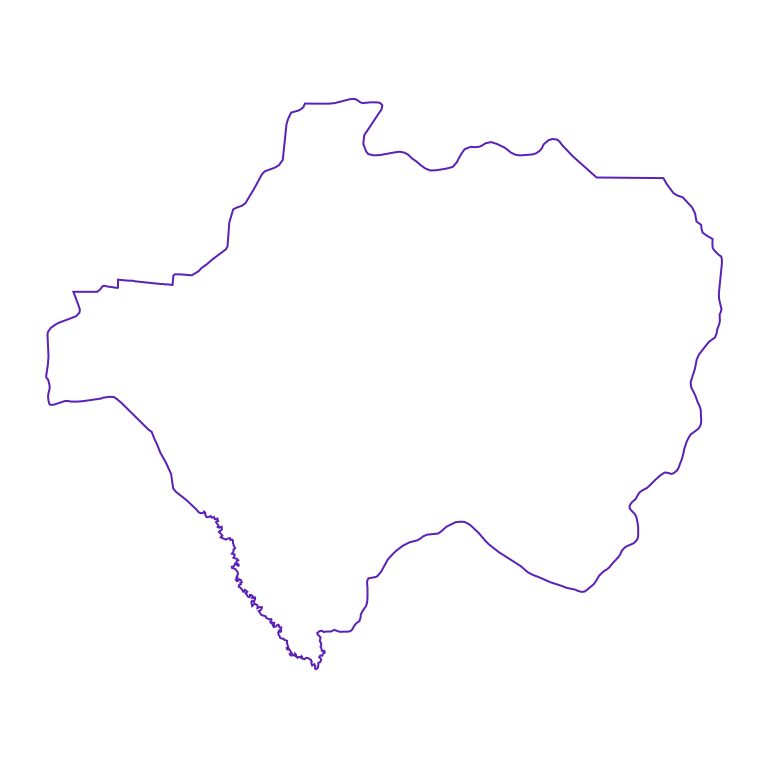 outline of Ponhea Kraek, Kâmpóng Cham, Cambodia
{"feature_id": "14789045B85253678396589", "entity_name": "Ponhea Kraek", "entity_type": "district", "adm_level": 2, "iso_a3": "KHM", "parent_name": "Cambodia", "parent_adm1": "Kâmpóng Cham", "projection": "albers", "projection_center": [105.837, 11.75], "detail": "fine", "context": "isolated", "style": "outline", "palette": "violet", "viewbox_px": 768, "rotation_deg": 0, "n_neighbors": 0, "source": "geoboundaries", "source_scale": "gbopen_adm2", "svg_char_len": 6095}
<svg xmlns="http://www.w3.org/2000/svg" viewBox="0 0 768 768"><path d="M317.1,668.6L318.0,667.4L318.3,665.7L318.3,662.8L320.0,662.2L321.2,660.1L320.8,658.6L319.2,657.2L320.3,655.5L322.3,655.7L323.5,652.8L324.5,652.9L324.7,651.8L324.3,650.8L321.9,650.8L321.1,647.5L320.5,646.7L321.3,645.3L321.1,643.7L320.6,642.2L319.8,641.2L320.5,637.3L317.4,634.1L317.3,632.9L319.7,631.1L321.9,630.7L323.8,632.1L325.4,631.6L330.9,631.5L334.3,629.9L339.6,631.8L348.7,631.6L351.0,630.7L352.0,629.7L355.1,624.5L357.3,622.4L359.4,621.1L360.5,617.8L360.8,614.5L362.6,611.0L366.1,605.9L367.1,602.5L367.5,597.5L367.5,587.8L367.1,584.0L367.2,580.8L368.5,578.3L375.9,577.0L377.5,576.0L381.3,571.4L387.8,559.5L393.0,553.8L396.5,550.5L402.9,545.7L409.6,542.3L417.2,540.4L421.0,538.2L422.8,536.5L426.9,534.7L438.3,533.5L441.1,531.5L446.3,526.8L455.5,522.2L460.8,521.7L464.3,521.9L468.0,523.6L470.8,525.5L478.6,532.9L485.2,540.6L488.9,544.4L498.9,552.2L520.7,566.1L527.7,572.2L532.8,574.9L539.2,577.3L550.5,582.3L561.7,585.9L566.4,587.8L575.1,589.6L578.2,591.0L581.6,591.9L584.4,591.6L586.7,590.1L593.7,584.2L595.9,581.3L599.1,575.7L603.8,571.2L606.9,569.4L609.5,567.2L611.4,564.7L618.6,556.8L620.3,554.2L621.9,550.6L624.2,548.1L626.2,546.5L633.8,543.2L637.0,539.9L637.7,538.1L638.2,535.3L638.2,527.6L637.5,522.3L636.3,516.8L634.5,513.6L632.1,511.3L629.7,508.4L629.6,506.2L630.6,504.0L632.4,501.8L635.7,499.0L638.1,494.5L639.6,492.4L642.6,490.2L646.5,488.3L649.6,485.6L655.1,480.0L660.7,475.1L664.2,472.8L665.5,472.5L669.2,473.2L670.6,473.8L672.2,473.8L674.3,472.7L676.9,470.6L678.4,468.1L682.1,458.3L683.4,453.6L684.0,449.8L686.9,441.0L689.3,436.5L690.9,434.3L698.0,429.1L699.6,427.1L700.8,424.3L701.2,420.7L700.7,409.6L699.4,405.6L698.0,402.9L695.2,395.3L691.2,387.3L690.7,383.6L690.8,381.6L694.9,368.9L696.7,359.6L698.9,354.6L708.9,341.8L715.0,337.5L716.7,333.1L717.1,329.8L719.3,323.9L719.9,320.4L719.6,314.6L720.8,312.0L721.5,309.2L719.5,300.9L719.0,297.8L718.9,292.9L721.9,263.5L721.9,259.7L721.2,256.5L718.3,254.5L714.1,250.2L712.7,247.9L712.4,244.1L712.6,239.0L706.7,235.6L702.6,232.6L701.5,228.8L701.1,224.8L696.5,221.5L695.0,213.2L692.1,207.4L682.7,197.3L676.9,195.3L673.4,193.0L666.6,183.9L663.4,178.1L596.6,177.5L572.5,156.0L562.5,145.5L559.6,141.6L557.2,139.6L552.4,139.0L548.5,140.2L543.6,144.4L541.8,148.3L539.4,151.1L535.7,153.5L532.1,154.5L520.2,155.4L515.6,154.8L511.1,152.7L504.8,147.7L496.6,143.8L491.1,142.1L485.7,143.2L481.4,145.9L479.0,146.8L474.8,147.2L470.7,146.8L464.7,149.2L461.8,153.1L458.7,158.5L456.9,162.2L452.6,167.0L445.8,168.7L436.7,170.2L430.6,170.5L425.3,168.5L420.8,165.2L416.2,161.3L411.9,158.3L408.3,154.8L404.6,152.7L399.8,151.7L393.9,152.5L380.4,155.0L374.0,155.4L368.3,154.1L366.1,151.4L363.3,143.9L364.2,135.3L381.7,109.0L382.3,105.1L379.9,102.8L376.7,102.4L370.8,102.3L362.4,103.1L360.0,102.1L356.5,99.6L354.0,98.9L350.0,99.2L334.7,103.1L328.6,103.7L304.9,103.6L303.3,107.2L300.9,109.2L298.3,110.6L291.1,112.6L288.3,118.4L286.5,124.1L282.8,159.7L279.1,165.1L274.7,167.7L264.8,171.3L262.0,174.2L254.3,188.4L245.4,203.2L241.9,205.7L235.8,208.0L233.1,209.5L229.3,222.6L227.5,246.5L225.8,249.4L212.0,259.7L206.7,264.4L201.4,268.1L198.7,271.1L191.8,275.3L180.8,274.4L174.9,274.3L173.4,275.5L172.5,285.0L167.4,284.3L165.1,284.5L163.9,284.1L160.8,284.0L135.0,281.3L132.5,280.7L128.8,280.7L118.0,279.7L118.0,287.7L117.0,287.9L107.6,286.5L104.0,285.7L102.1,286.7L100.4,289.2L97.3,291.8L73.4,291.8L78.5,305.3L79.9,309.7L79.4,312.7L76.2,316.2L58.8,322.8L55.6,324.5L50.9,327.8L48.0,331.8L47.5,334.8L48.5,356.4L47.9,364.6L46.1,376.3L46.7,378.3L48.1,379.5L49.6,385.8L49.7,388.1L48.2,394.6L48.1,396.8L48.4,400.2L49.3,403.8L50.2,404.8L53.8,404.7L65.0,401.0L69.0,401.1L71.3,401.6L77.2,401.6L83.6,401.1L101.3,398.5L102.4,397.8L109.5,396.8L113.8,397.0L116.7,398.9L121.3,402.8L148.5,429.6L151.7,431.9L154.7,439.6L156.8,443.8L160.3,452.6L166.3,463.4L171.1,474.0L173.2,488.5L175.8,491.7L186.9,500.5L196.6,509.7L198.5,512.1L200.6,513.2L203.6,512.9L204.0,511.6L205.2,512.6L205.5,515.5L206.6,517.1L208.0,517.1L210.8,516.1L211.3,517.4L212.4,517.6L214.0,517.0L214.8,519.2L217.4,518.6L218.1,521.0L217.1,521.1L216.0,522.0L218.7,526.0L217.7,527.0L218.9,527.7L221.7,526.8L221.8,529.6L220.6,530.6L219.5,531.1L218.9,532.0L220.0,532.8L222.4,535.7L220.7,537.4L225.9,539.6L228.3,538.3L230.1,538.2L230.4,540.0L232.1,539.6L233.0,540.6L232.9,542.9L233.6,544.4L233.6,545.8L234.6,546.9L235.1,548.2L233.4,549.6L233.6,550.8L233.2,552.0L231.9,553.7L234.6,554.4L234.6,555.7L233.4,557.7L234.6,558.3L236.8,558.7L238.2,560.2L237.0,560.8L236.4,561.6L236.5,562.7L238.8,564.9L238.4,565.8L235.0,563.7L234.2,565.8L233.0,566.7L231.8,566.8L232.1,568.0L235.2,568.9L237.6,572.0L238.0,573.9L236.4,577.5L237.6,577.7L237.5,579.2L235.9,579.8L236.9,581.2L238.5,580.5L239.7,579.4L241.0,580.2L241.8,582.2L240.3,583.1L240.8,584.3L238.9,585.2L238.7,586.7L240.6,587.8L242.5,590.3L243.0,591.6L244.2,591.6L244.7,589.9L246.1,590.6L247.3,591.8L245.6,593.3L246.4,594.1L247.9,596.6L249.0,597.2L250.0,596.4L250.0,595.0L251.1,594.9L253.2,596.8L252.2,597.8L253.7,598.0L255.0,597.5L255.2,598.7L253.9,602.0L252.2,600.7L251.3,602.1L252.2,606.0L253.8,604.4L254.9,603.8L257.2,605.0L257.7,606.5L257.4,608.0L260.1,607.0L261.9,607.3L261.7,608.3L260.8,610.1L258.7,611.0L261.4,615.0L265.7,616.3L266.1,617.8L268.1,618.8L269.5,619.2L271.3,619.2L271.4,620.6L270.3,621.4L270.7,622.8L274.2,622.8L274.0,625.2L272.7,624.9L273.6,627.0L276.0,626.5L277.2,625.1L278.4,624.7L279.3,625.7L279.1,626.8L280.2,627.8L281.2,627.5L281.1,631.5L280.2,631.9L279.2,630.5L278.6,631.4L278.2,632.9L278.7,634.9L279.5,635.9L279.8,637.1L280.5,638.0L281.8,638.6L283.6,638.8L284.6,640.0L287.1,640.8L287.0,643.1L288.3,647.5L286.7,648.0L287.1,649.2L288.0,649.6L289.0,649.0L291.6,652.9L289.7,654.0L290.2,654.9L291.6,655.7L292.7,654.6L294.7,655.7L295.0,653.7L296.2,655.0L296.2,656.5L297.5,657.8L298.4,657.0L299.8,656.9L300.6,657.5L301.5,656.2L302.1,657.2L301.9,658.2L302.9,658.8L304.5,659.2L306.1,657.9L308.7,658.3L310.1,659.6L311.1,659.9L311.1,660.9L311.8,661.7L311.3,663.0L312.2,665.5L314.2,664.2L315.4,666.2L314.9,667.5L315.6,669.1L317.1,668.6Z" fill="none" stroke="#5b21b6" stroke-width="2"/></svg>